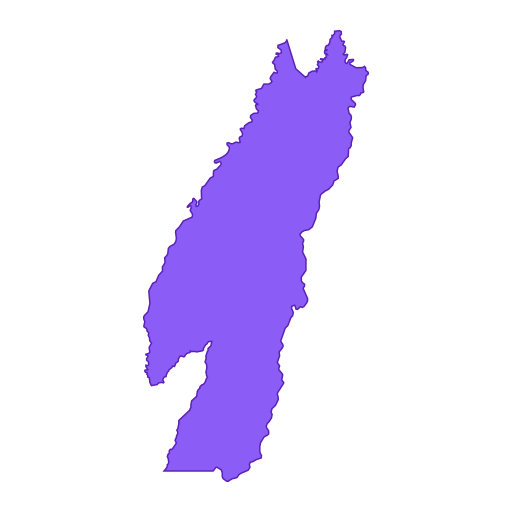 the district of Cocalinho, Mato Grosso, Brazil
{"feature_id": "56859067B28773387039389", "entity_name": "Cocalinho", "entity_type": "district", "adm_level": 2, "iso_a3": "BRA", "parent_name": "Brazil", "parent_adm1": "Mato Grosso", "projection": "mercator", "projection_center": [-51.126, -13.845], "detail": "fine", "context": "isolated", "style": "filled", "palette": "violet", "viewbox_px": 512, "rotation_deg": 0, "n_neighbors": 0, "source": "geoboundaries", "source_scale": "gbopen_adm2", "svg_char_len": 5999}
<svg xmlns="http://www.w3.org/2000/svg" viewBox="0 0 512 512"><path d="M334.6,31.2L334.6,33.5L333.0,35.5L331.9,35.4L332.0,37.6L330.1,39.4L329.8,42.4L328.4,45.1L326.6,45.6L325.5,47.1L325.2,49.6L326.9,49.9L326.6,50.6L324.8,50.6L324.5,52.5L325.1,53.8L326.7,53.7L327.1,54.4L326.4,54.1L326.0,54.6L326.3,57.3L325.0,57.7L325.2,59.1L320.7,58.8L320.5,59.3L322.8,60.4L321.9,62.1L319.5,62.0L318.3,61.0L317.6,61.7L318.2,63.0L317.4,64.7L318.8,66.3L318.2,68.6L316.2,68.6L316.0,69.3L317.1,70.6L316.7,72.0L315.8,71.0L312.5,71.1L309.0,72.8L307.6,76.1L305.8,76.7L305.5,77.4L295.8,68.8L286.7,39.4L286.5,41.1L284.9,42.8L278.0,45.4L277.9,47.6L281.2,50.1L281.3,52.7L279.4,53.7L277.6,53.0L276.3,53.1L276.1,54.1L278.0,54.8L278.5,56.5L275.4,57.2L274.0,60.5L272.5,62.2L272.7,62.9L274.6,64.5L275.3,69.3L277.2,71.0L277.3,72.7L276.5,73.2L274.0,72.3L270.7,76.8L270.2,78.7L271.9,81.3L271.2,82.6L268.8,84.1L263.9,84.1L261.5,88.4L256.3,89.9L255.7,90.8L256.7,92.0L255.5,94.4L256.7,96.4L255.7,98.3L254.3,99.5L254.0,100.9L255.2,102.5L257.6,103.8L257.8,104.6L256.0,104.7L255.5,105.4L256.4,108.8L258.3,110.8L258.1,112.4L257.1,113.2L254.0,113.3L251.3,114.9L250.6,115.9L250.4,117.5L252.2,120.0L251.7,121.8L248.7,122.8L244.7,125.7L243.9,128.6L241.5,128.2L240.4,128.7L240.3,129.5L241.9,132.0L242.6,134.1L241.9,136.2L240.2,136.7L239.2,138.2L240.2,142.3L239.0,142.7L236.0,142.1L232.7,143.7L231.1,143.7L228.3,142.6L227.0,143.1L227.1,144.8L229.1,146.8L229.4,148.1L229.0,150.2L227.7,152.8L225.5,155.0L221.9,157.4L214.8,160.4L214.4,161.3L214.7,162.7L216.2,163.1L219.7,161.5L221.0,162.5L221.1,164.5L216.8,169.2L214.0,170.4L213.5,171.6L213.3,176.4L210.2,178.1L204.8,185.7L202.3,187.0L201.3,190.5L201.6,199.0L199.2,200.4L198.7,201.9L198.9,204.1L198.0,205.8L196.6,206.4L196.1,206.0L195.8,204.6L196.7,203.4L196.8,201.7L194.2,198.7L193.5,198.4L192.9,198.8L192.5,201.9L190.1,203.5L187.4,206.5L187.4,207.2L188.2,207.2L190.1,205.5L191.0,206.3L191.2,207.7L190.2,210.4L192.3,213.9L192.5,215.5L192.0,217.2L183.3,221.0L179.6,226.7L175.8,230.6L175.6,232.3L176.4,238.3L175.8,241.5L174.2,244.1L170.0,246.4L168.4,248.3L167.8,253.6L166.9,255.4L164.7,257.8L165.0,261.9L164.8,263.1L162.4,266.9L162.5,271.1L158.8,275.1L156.0,281.7L152.7,283.3L148.8,291.0L149.9,303.5L148.0,311.8L144.4,315.5L143.7,317.0L143.8,318.9L144.8,321.7L143.8,326.2L144.1,327.0L146.6,328.6L147.1,331.1L148.8,332.9L148.2,335.3L149.4,337.6L149.8,340.9L151.5,343.1L149.1,347.5L149.8,352.2L148.8,353.3L145.8,354.3L145.8,354.8L147.5,355.4L148.0,356.2L146.5,359.0L146.8,360.5L148.4,361.5L148.6,364.5L148.3,365.3L147.4,365.6L145.9,365.2L145.9,366.4L147.8,369.7L145.1,370.1L144.7,370.9L145.5,372.3L147.0,372.5L147.4,373.1L146.8,374.1L147.9,375.6L147.7,377.0L149.3,377.7L149.9,382.5L151.4,385.6L157.1,384.6L158.5,383.0L161.5,382.4L163.4,382.9L163.9,382.3L162.8,379.8L163.3,378.3L164.5,376.9L166.1,376.6L166.0,375.5L167.5,372.1L168.6,371.1L169.0,369.9L171.9,367.5L172.5,366.1L174.5,366.5L176.0,362.9L178.1,361.5L178.6,358.5L180.0,356.3L181.3,356.0L183.6,356.8L184.5,356.6L185.5,354.7L187.4,353.1L189.7,352.6L190.5,351.8L190.3,351.1L191.7,351.6L194.0,351.4L196.9,351.9L202.4,350.8L203.3,350.0L203.5,348.4L205.7,344.7L206.7,344.1L208.4,341.6L211.8,341.4L210.9,345.9L208.1,348.4L208.1,350.7L207.5,351.2L205.8,356.3L206.3,357.7L205.1,362.0L206.5,364.3L206.9,367.6L205.9,372.4L206.5,373.9L206.4,375.1L207.5,377.5L206.5,378.4L205.0,382.5L203.1,384.6L202.1,384.7L200.3,386.3L199.8,387.2L200.0,387.9L198.1,389.9L197.3,391.5L196.7,396.3L191.7,400.8L190.8,405.5L191.1,406.8L189.5,410.4L178.8,420.5L178.8,423.8L177.9,428.3L176.8,430.3L177.7,431.8L177.6,434.1L176.6,435.5L176.2,438.2L175.5,438.9L175.1,440.5L176.4,443.0L172.5,448.8L171.4,449.5L170.3,449.3L169.2,450.8L169.4,452.8L168.0,454.4L167.3,456.7L168.2,458.5L168.7,462.2L168.2,463.9L167.2,464.8L167.3,466.3L166.5,468.0L164.0,471.0L213.1,471.0L215.7,467.6L216.9,467.2L221.4,470.0L222.3,473.3L222.2,476.4L223.1,478.6L226.6,481.2L228.1,481.3L231.8,478.9L236.9,477.6L238.9,474.7L240.7,473.4L248.2,470.2L249.9,467.3L249.4,464.2L250.4,462.2L252.7,461.7L256.1,459.7L261.2,457.9L261.5,455.6L260.0,452.6L259.8,450.5L259.8,446.6L260.6,442.6L264.0,437.0L267.6,435.0L268.7,433.8L268.6,430.8L266.6,427.9L266.3,426.0L267.2,423.6L269.2,421.5L271.5,417.9L272.1,414.4L271.1,412.1L272.0,408.6L275.4,405.5L278.2,399.8L278.2,397.4L277.3,394.0L277.6,392.7L283.7,383.1L283.6,382.2L282.3,380.9L281.8,379.6L282.7,375.0L282.4,374.0L278.9,369.8L278.7,368.9L279.6,365.8L277.3,362.5L279.6,355.8L279.1,352.0L282.5,347.7L283.1,346.0L282.6,344.1L280.9,341.7L280.9,340.4L285.2,328.2L287.8,325.6L290.9,317.6L292.7,315.7L293.3,312.4L291.5,308.3L291.8,306.3L294.4,305.2L295.0,305.6L296.0,309.1L297.5,309.4L300.4,306.7L302.3,307.4L303.9,306.6L307.0,302.3L307.6,300.6L307.5,298.4L303.1,288.3L304.5,286.1L304.6,284.3L302.5,282.6L301.3,280.7L301.3,277.1L305.9,270.5L306.0,259.1L302.6,252.0L303.4,246.9L302.6,243.1L303.6,241.1L303.6,239.6L300.2,235.7L300.0,234.2L302.2,231.7L304.6,230.5L308.7,229.7L312.3,226.9L315.8,218.3L316.4,213.2L318.5,210.2L319.1,208.6L319.5,206.0L319.1,202.0L320.4,195.4L321.0,194.3L324.9,191.2L328.9,189.0L332.7,184.9L334.0,181.0L338.2,178.4L338.3,176.7L337.1,171.2L338.0,167.2L341.4,164.7L345.6,158.7L348.2,156.5L348.6,149.2L348.9,148.3L350.0,147.9L351.2,145.7L351.2,143.1L352.7,137.7L348.8,132.1L349.0,130.5L351.0,127.4L349.9,122.4L351.2,119.4L351.4,117.1L350.8,115.0L349.1,113.2L348.0,108.2L348.7,107.1L350.2,106.4L354.2,107.1L355.5,104.7L355.2,103.3L351.4,99.6L351.0,98.3L351.6,97.0L357.1,95.5L359.2,95.6L360.3,94.6L360.8,93.1L363.1,92.5L363.7,91.8L363.0,87.7L363.3,84.6L365.6,80.6L366.1,75.8L368.3,74.0L368.1,72.2L365.7,70.3L365.7,67.9L364.5,66.4L362.4,67.6L356.1,67.7L350.2,64.5L349.7,63.8L349.8,62.9L352.8,61.3L353.6,59.8L353.1,59.4L349.1,59.8L347.5,62.8L346.6,63.5L345.9,63.3L345.0,61.7L345.2,59.5L346.7,57.5L347.6,54.8L347.0,54.3L344.3,55.0L343.2,54.2L344.9,52.2L345.6,47.2L344.8,46.1L343.4,45.4L343.0,44.5L344.4,41.8L343.8,41.1L341.8,41.3L339.8,36.9L339.9,35.7L341.4,34.1L341.2,31.6L339.6,30.7L334.6,31.2Z" fill="#8b5cf6" stroke="#5b21b6" stroke-width="1.5"/></svg>